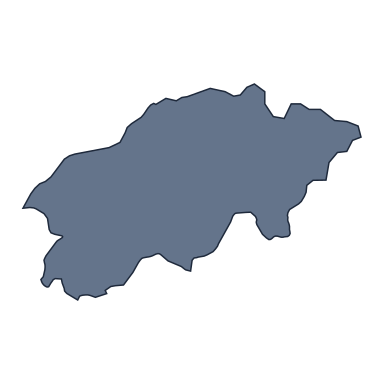 map outline of Gasa (Robinson projection)
{"feature_id": "BTN-2437", "entity_name": "Gasa", "entity_type": "District", "adm_level": 1, "iso_a3": "BTN", "parent_name": "Bhutan", "parent_adm1": "", "projection": "robinson", "projection_center": [89.927, 28.037], "detail": "fine", "context": "isolated", "style": "filled", "palette": "slate", "viewbox_px": 384, "rotation_deg": 0, "n_neighbors": 0, "source": "natural_earth", "source_scale": "10m", "svg_char_len": 2243}
<svg xmlns="http://www.w3.org/2000/svg" viewBox="0 0 384 384"><path d="M23.0,208.2L24.1,206.1L30.8,193.9L34.9,188.3L39.7,183.8L45.4,181.5L51.0,176.9L64.4,159.1L69.5,155.8L74.8,154.1L109.1,147.6L120.0,142.4L125.1,132.9L127.2,127.5L131.5,123.7L141.2,117.3L143.7,114.4L148.1,107.9L150.7,105.0L153.7,103.4L155.9,104.4L165.9,98.4L176.3,100.8L181.8,97.5L187.2,96.7L210.2,88.4L225.2,91.7L233.7,96.2L240.3,95.0L246.9,87.3L254.4,84.0L264.8,91.7L264.8,103.9L273.3,116.6L284.2,118.5L291.2,103.9L300.6,103.9L309.1,109.4L320.4,109.4L334.6,120.5L346.8,121.6L358.1,126.0L361.0,137.1L352.5,140.4L346.8,151.4L337.4,152.5L329.0,162.5L326.0,180.1L313.0,180.3L311.2,181.8L306.8,185.3L306.1,192.2L304.3,196.4L301.3,201.4L298.6,203.9L289.6,209.5L287.9,212.7L287.4,215.5L287.9,217.4L287.7,220.0L288.0,221.5L288.7,223.1L289.2,224.8L289.5,226.3L289.5,229.6L289.9,231.7L290.1,233.5L289.3,235.3L287.7,236.5L284.7,236.8L282.9,237.2L281.2,237.2L277.2,236.1L275.3,236.1L273.7,236.8L272.0,238.4L270.6,239.4L268.9,239.6L266.4,237.9L262.5,234.3L256.9,224.7L256.3,222.7L256.3,221.8L256.5,220.9L256.8,220.0L256.4,218.4L255.5,216.5L250.7,212.2L246.0,212.4L236.6,213.1L235.2,213.4L234.0,214.5L232.7,216.3L230.6,222.0L218.5,243.7L217.5,246.2L215.6,248.8L213.1,251.6L207.2,254.8L204.1,256.1L198.2,257.1L196.8,257.6L195.5,257.8L194.2,257.9L193.0,259.2L192.1,260.3L190.6,271.1L185.8,269.9L184.7,269.2L181.3,266.5L168.0,260.9L161.1,254.9L159.5,253.8L157.9,253.6L155.9,254.1L152.4,255.8L150.4,256.5L148.5,256.9L147.0,257.1L143.3,257.8L141.8,258.4L140.2,260.1L138.4,262.6L132.9,272.4L123.5,285.0L115.4,285.7L110.8,286.5L105.2,290.4L106.7,293.6L95.4,297.3L90.1,295.4L87.8,294.9L85.9,294.9L82.6,295.2L80.7,295.7L79.6,296.2L77.7,300.0L66.9,293.5L65.9,292.5L64.6,291.0L64.2,288.4L62.2,283.0L61.4,279.0L55.1,278.6L53.2,279.7L52.5,280.8L50.7,283.3L48.7,286.7L47.7,287.0L46.7,286.9L45.7,286.4L44.9,285.9L44.1,285.3L43.4,284.5L42.7,283.7L42.1,282.7L41.7,281.8L40.9,279.5L43.3,276.7L44.9,269.6L45.1,266.9L45.0,264.7L44.5,262.8L44.0,260.2L44.7,258.4L46.0,255.8L56.0,242.3L57.3,240.8L58.9,239.8L60.4,238.9L62.4,237.5L62.6,236.5L61.8,235.8L54.8,234.3L51.0,232.8L49.2,229.6L47.5,218.4L44.0,213.6L36.2,208.9L33.7,207.9L29.8,207.5L23.0,208.2Z" fill="#64748b" stroke="#1e293b" stroke-width="1.5"/></svg>